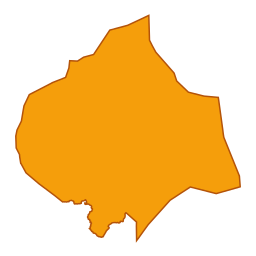 the district of Bayan agt, Bulgan, Mongolia
{"feature_id": "93677404B8492379559431", "entity_name": "Bayan agt", "entity_type": "district", "adm_level": 2, "iso_a3": "MNG", "parent_name": "Mongolia", "parent_adm1": "Bulgan", "projection": "mercator", "projection_center": [101.968, 49.112], "detail": "fine", "context": "isolated", "style": "filled", "palette": "amber", "viewbox_px": 256, "rotation_deg": 0, "n_neighbors": 0, "source": "geoboundaries", "source_scale": "gbopen_adm2", "svg_char_len": 4759}
<svg xmlns="http://www.w3.org/2000/svg" viewBox="0 0 256 256"><path d="M240.2,186.8L239.4,176.0L223.8,137.3L223.2,133.5L222.6,128.6L218.3,97.4L204.0,96.1L188.4,92.2L176.7,81.0L174.1,73.1L155.8,52.2L152.2,45.6L149.5,40.2L148.8,15.4L127.7,25.3L109.8,30.1L93.6,54.5L83.6,57.2L77.5,61.1L69.7,60.7L68.9,68.0L65.6,77.4L52.2,82.7L52.2,82.8L29.3,94.6L24.0,105.8L23.2,110.3L21.4,121.1L17.0,130.1L15.8,136.1L16.2,148.0L19.5,154.5L19.7,156.9L20.7,163.2L20.8,163.2L22.7,166.7L26.0,172.8L28.0,174.5L39.1,183.9L54.2,195.2L62.6,201.9L62.8,201.8L63.2,201.8L63.5,201.8L64.1,201.9L64.5,201.9L64.9,201.8L65.1,201.8L65.4,201.8L65.8,201.9L66.4,202.0L66.8,202.0L67.3,201.8L67.8,201.6L68.0,201.6L68.3,201.7L68.6,201.7L68.9,201.7L69.0,201.6L69.1,201.4L69.2,201.1L69.3,200.9L69.5,200.7L70.0,200.6L70.3,200.6L70.7,200.5L71.0,200.4L71.3,200.3L71.7,200.5L72.0,200.6L72.3,200.8L72.7,200.9L73.1,201.0L73.4,201.2L73.7,201.5L73.9,202.0L73.9,202.5L74.0,203.1L74.2,203.4L74.4,203.8L74.7,204.0L75.0,204.0L75.3,203.9L75.7,203.7L75.9,203.7L76.3,203.7L76.6,203.9L77.0,203.9L77.4,203.9L77.6,203.9L78.0,203.7L78.3,203.7L78.8,203.7L79.1,203.6L79.3,203.7L79.7,203.7L80.4,203.6L80.9,203.4L81.2,203.3L81.2,203.1L81.3,202.6L81.2,202.3L81.4,202.0L81.5,201.6L81.8,201.2L82.2,201.0L82.7,200.9L83.2,200.9L83.8,200.8L84.1,200.7L84.4,200.5L84.8,200.3L85.0,200.0L85.3,199.9L85.5,199.8L85.7,200.0L86.0,200.3L86.1,200.7L86.3,201.1L86.4,201.5L86.6,201.8L86.6,202.4L86.7,203.0L86.4,203.3L86.1,203.3L85.8,203.3L85.2,203.0L84.8,203.0L84.8,203.4L85.0,203.9L85.0,204.1L85.3,204.3L85.9,204.4L86.6,204.2L87.0,204.1L87.5,204.1L88.0,204.1L88.4,204.1L88.6,204.1L88.9,204.2L89.1,204.4L89.4,204.7L89.6,204.9L89.9,205.1L90.1,205.2L90.4,205.3L90.7,205.4L91.0,205.5L91.4,206.0L91.6,206.3L91.6,206.6L91.5,207.0L91.4,207.2L91.3,207.4L91.3,207.6L91.3,207.8L91.4,208.0L91.5,208.1L91.7,208.3L92.0,208.4L92.2,208.6L92.4,208.8L92.4,209.0L92.4,209.3L92.2,209.6L92.1,209.8L92.0,210.1L92.0,210.5L91.9,210.8L91.8,211.1L91.6,211.3L91.3,211.4L91.0,211.5L90.7,211.6L90.2,211.6L89.9,211.8L89.8,212.1L89.7,212.8L89.5,213.3L89.3,213.8L88.9,214.1L88.6,214.3L88.4,214.5L88.2,214.9L88.2,215.2L88.2,215.6L88.2,215.8L88.1,216.0L87.9,216.3L87.7,216.5L87.6,216.8L87.6,217.0L87.6,217.3L87.7,217.5L87.9,217.7L88.0,218.0L88.1,218.4L88.2,218.8L88.3,219.0L88.4,219.3L88.6,219.4L89.0,219.4L89.3,219.4L89.5,219.4L89.6,219.5L89.8,220.0L89.7,220.3L89.7,220.5L89.8,220.7L89.9,220.9L90.1,221.1L90.4,221.3L90.6,221.4L90.6,221.5L90.3,221.9L90.2,222.1L90.1,222.3L90.2,222.5L90.3,222.6L90.7,222.7L90.9,222.7L91.1,222.7L91.2,222.8L91.3,222.9L91.4,223.0L91.4,223.3L91.2,223.5L91.1,223.8L91.1,224.0L91.0,224.3L90.8,224.7L90.7,224.9L90.6,225.1L90.7,225.4L90.8,225.7L90.7,225.9L90.7,226.2L90.5,226.4L90.3,226.5L90.2,226.7L90.2,227.0L90.2,227.5L90.3,227.7L90.3,227.9L90.3,228.0L90.1,228.2L89.9,228.3L89.7,228.4L89.4,228.5L89.5,228.7L89.9,228.8L90.0,228.9L90.1,229.0L90.2,229.3L90.3,229.5L90.5,229.8L90.7,230.0L91.0,230.1L91.2,230.3L91.3,230.6L91.4,230.9L91.6,231.2L91.8,231.4L91.9,231.5L92.3,231.5L92.5,231.5L92.8,231.8L92.9,232.2L93.1,232.7L93.3,233.0L93.5,233.1L94.2,233.2L94.4,233.2L94.8,233.3L95.2,233.5L95.6,233.8L96.1,234.2L96.4,234.5L96.6,234.8L96.8,235.2L97.0,235.6L97.2,235.8L97.5,236.0L97.9,236.1L98.2,236.3L98.5,236.5L98.8,236.7L99.2,236.8L99.6,236.7L100.0,236.7L100.2,236.8L100.5,236.9L100.8,237.1L101.0,237.2L101.3,237.2L101.6,237.2L101.8,237.2L102.0,237.0L102.3,236.7L102.5,236.6L102.8,236.5L103.0,236.7L103.4,236.2L103.6,235.9L103.7,235.5L103.8,235.3L104.0,235.0L104.2,234.7L104.5,234.2L104.8,233.8L104.9,233.4L105.1,233.1L105.3,232.9L105.5,232.6L105.7,232.2L106.0,231.5L106.2,231.0L106.5,230.8L106.8,230.5L107.0,230.2L107.3,229.8L107.7,229.5L108.0,229.2L108.3,229.0L108.7,228.6L109.0,228.2L109.1,227.9L109.1,227.6L109.0,227.3L108.6,226.9L108.3,226.7L108.2,226.5L108.2,226.2L108.3,226.0L108.5,225.7L108.7,225.4L109.0,225.0L109.3,224.7L109.7,224.5L110.0,224.3L110.6,224.0L111.0,223.8L111.4,223.4L111.9,223.0L112.5,222.8L113.0,222.7L113.4,222.6L113.8,222.6L114.3,222.6L114.8,222.5L115.2,222.5L115.6,222.6L116.0,222.7L116.5,222.7L116.9,222.7L117.3,222.5L117.6,222.5L117.8,222.5L118.1,222.7L118.4,222.9L119.3,222.9L119.7,222.7L120.0,222.5L120.1,222.2L120.2,221.9L120.2,221.6L120.4,221.4L120.6,221.3L120.9,221.3L121.2,221.3L121.6,221.4L121.8,221.5L122.4,221.6L122.8,221.5L123.0,221.5L123.1,221.4L123.2,221.2L123.2,220.9L123.2,220.6L123.3,220.3L123.4,219.7L123.5,219.2L123.7,218.7L124.0,218.4L124.3,218.2L124.7,217.7L124.8,217.4L124.9,217.2L124.9,216.9L125.0,216.5L125.1,216.2L125.1,215.9L125.1,214.7L125.0,214.3L125.0,213.9L125.2,213.6L125.5,213.2L125.9,212.8L126.2,212.9L128.3,214.7L136.5,222.0L136.4,226.2L136.6,240.6L138.5,238.1L143.5,231.1L148.3,224.5L170.1,200.2L190.3,187.0L216.2,193.6L240.2,186.8Z" fill="#f59e0b" stroke="#b45309" stroke-width="1.5"/></svg>